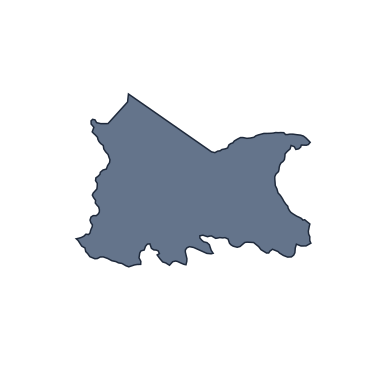 outline of Lajedão, Bahia, Brazil, rotated 312°
{"feature_id": "56859067B25037428626616", "entity_name": "Lajedão", "entity_type": "district", "adm_level": 2, "iso_a3": "BRA", "parent_name": "Brazil", "parent_adm1": "Bahia", "projection": "robinson", "projection_center": [-40.309, -17.565], "detail": "fine", "context": "isolated", "style": "filled", "palette": "slate", "viewbox_px": 384, "rotation_deg": 312, "n_neighbors": 0, "source": "geoboundaries", "source_scale": "gbopen_adm2", "svg_char_len": 3146}
<svg xmlns="http://www.w3.org/2000/svg" viewBox="0 0 384 384"><g transform="rotate(312 192 192)"><path d="M222.3,79.2L215.8,83.9L186.6,83.8L181.8,78.5L179.7,74.7L180.7,71.6L179.5,69.5L177.3,69.4L175.0,71.6L174.4,75.8L171.9,76.8L169.9,77.6L169.7,79.7L169.7,82.1L169.4,85.2L168.2,86.8L167.3,89.0L166.9,91.7L167.2,94.9L165.0,97.6L164.1,100.8L163.7,104.6L162.4,106.8L161.0,109.5L158.6,111.1L155.2,111.6L151.8,113.0L148.7,111.1L145.3,110.7L143.5,111.8L141.0,111.7L138.2,111.1L135.9,112.7L135.0,115.9L132.6,117.9L130.6,119.3L128.0,119.3L125.1,119.3L123.0,120.0L122.0,122.5L121.3,125.9L119.1,127.5L118.6,130.4L118.4,132.7L116.8,135.1L115.0,136.6L113.1,137.0L110.4,136.7L108.4,134.4L105.8,133.7L102.9,135.0L101.5,137.4L101.0,139.9L99.4,141.1L97.1,141.8L95.1,142.6L93.4,143.6L91.2,143.6L89.7,141.4L86.7,141.2L84.2,140.2L81.9,138.8L79.8,137.3L79.8,139.7L78.0,146.2L78.8,149.9L76.6,152.9L76.4,155.7L75.6,159.4L77.4,164.5L79.2,166.2L82.3,167.3L84.4,169.5L86.2,173.9L87.3,178.4L89.4,182.1L90.1,184.7L92.0,187.7L93.0,192.4L94.1,195.1L99.4,198.1L101.5,199.8L103.9,202.3L106.2,200.4L107.6,196.7L111.7,194.0L114.1,193.5L116.9,195.3L120.5,193.8L123.4,193.7L125.3,195.4L123.0,199.5L123.4,202.4L124.9,204.3L125.6,206.3L124.4,209.0L121.9,208.2L120.9,213.1L120.4,217.0L121.7,219.9L122.5,224.3L127.3,224.3L129.7,226.0L130.7,227.8L131.8,231.4L132.9,234.5L133.9,236.2L136.9,234.6L139.0,232.9L143.0,227.1L144.6,225.8L147.3,225.6L149.7,226.7L151.9,230.4L156.3,244.1L158.9,247.6L160.6,248.7L161.5,245.3L164.4,240.2L164.4,237.0L162.8,234.0L162.7,231.4L163.1,228.6L164.7,227.1L167.2,229.0L169.2,233.5L170.9,234.5L172.4,235.9L173.4,240.6L175.1,242.0L176.7,243.1L178.4,245.5L180.2,247.1L181.2,250.3L179.0,254.2L178.8,256.4L179.3,258.9L181.2,262.6L183.7,264.2L189.8,265.0L191.6,266.5L195.7,271.6L196.0,278.1L195.3,281.9L196.5,288.2L198.0,289.8L200.1,289.5L203.3,290.1L205.3,295.8L205.2,298.0L206.0,302.4L207.6,306.6L210.3,309.3L213.1,309.8L215.7,309.1L219.5,306.2L223.1,304.5L224.8,309.1L228.2,312.8L233.5,314.6L234.5,312.3L235.9,310.9L237.6,309.5L238.8,306.8L240.8,304.6L242.7,303.5L245.0,302.1L247.1,301.0L246.9,297.4L246.8,294.3L245.3,293.2L245.6,291.1L245.0,288.8L244.1,286.0L243.4,282.2L243.0,279.1L243.4,276.9L244.3,274.3L245.5,272.7L245.7,270.1L246.5,266.6L247.5,263.9L248.1,261.8L248.6,259.7L248.9,256.5L251.2,252.9L252.5,249.6L255.0,247.0L256.8,245.1L258.7,243.3L261.4,242.4L265.0,242.6L266.9,241.6L268.7,240.3L270.6,239.3L273.0,238.7L275.6,239.2L277.9,239.0L280.6,237.2L282.5,235.7L285.1,235.6L287.4,235.8L289.6,236.1L292.9,234.5L294.1,237.7L293.1,240.7L295.5,242.4L298.1,242.7L300.0,241.8L301.7,243.8L303.2,245.6L305.1,246.7L308.0,246.6L308.2,243.9L308.4,240.5L308.1,237.3L306.9,234.6L304.9,231.8L302.6,228.4L300.5,226.0L298.7,224.6L297.3,223.1L297.5,220.5L295.6,218.2L293.7,216.3L292.2,214.4L290.2,213.0L288.7,211.6L287.2,210.1L285.5,208.3L283.6,206.2L281.1,204.6L278.8,203.1L276.6,201.9L274.1,201.4L271.1,199.2L268.6,196.9L266.6,193.5L264.9,191.6L261.5,190.3L258.3,189.3L255.8,189.5L253.9,188.4L251.7,187.9L248.6,189.0L246.4,187.9L243.6,185.8L241.4,185.3L239.5,183.7L236.6,182.7L234.9,179.6L222.3,79.2Z" fill="#64748b" stroke="#1e293b" stroke-width="1.5"/></g></svg>